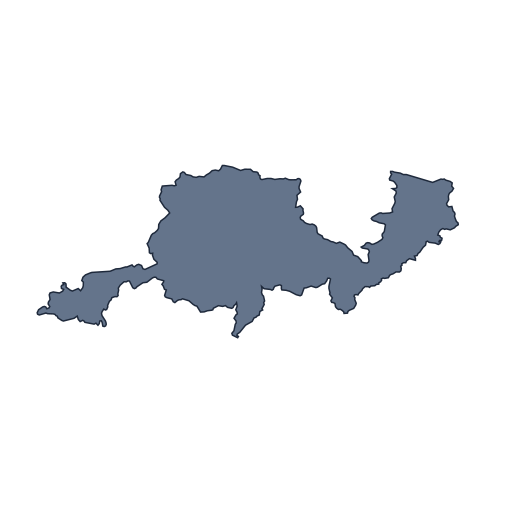 outline of Conceição do Mato Dentro, Minas Gerais, Brazil, rotated 124°
{"feature_id": "56859067B89792932803037", "entity_name": "Conceição do Mato Dentro", "entity_type": "district", "adm_level": 2, "iso_a3": "BRA", "parent_name": "Brazil", "parent_adm1": "Minas Gerais", "projection": "mercator", "projection_center": [-43.489, -18.933], "detail": "fine", "context": "isolated", "style": "filled", "palette": "slate", "viewbox_px": 512, "rotation_deg": 124, "n_neighbors": 0, "source": "geoboundaries", "source_scale": "gbopen_adm2", "svg_char_len": 6158}
<svg xmlns="http://www.w3.org/2000/svg" viewBox="0 0 512 512"><g transform="rotate(124 256 256)"><path d="M251.3,168.8L252.1,167.3L251.4,165.9L251.2,164.0L253.6,161.7L254.2,159.8L254.3,157.8L253.1,156.5L252.9,155.1L253.2,152.1L254.4,150.9L252.2,148.2L250.6,148.8L248.9,148.3L244.8,145.7L240.8,145.9L239.1,146.5L237.0,149.7L235.2,150.7L234.7,152.1L233.3,152.6L232.0,151.5L231.3,149.7L229.8,149.9L225.1,149.0L223.6,149.3L220.4,148.5L218.6,145.7L218.5,144.3L216.7,144.0L214.2,140.9L212.2,140.3L210.7,138.5L209.3,139.2L207.8,138.3L205.9,138.3L204.8,139.3L203.2,138.3L202.7,136.9L200.0,134.1L197.3,134.4L195.7,133.7L194.3,132.5L190.9,131.0L189.0,128.1L187.2,127.6L185.1,128.6L183.6,130.3L182.0,129.8L180.9,130.8L179.0,129.9L177.8,128.1L175.7,128.5L172.4,127.3L170.4,121.4L168.9,122.4L167.5,124.6L165.5,122.7L163.2,123.1L161.4,122.4L155.3,122.3L152.2,121.5L149.0,122.9L147.8,122.1L147.9,120.1L145.1,114.6L144.5,111.3L142.9,110.5L141.0,110.7L141.8,112.3L140.5,112.5L139.1,110.9L137.2,111.7L137.4,113.6L136.4,114.9L137.0,117.0L134.0,117.8L131.0,117.6L128.7,116.4L128.5,114.6L127.1,113.4L125.7,109.6L121.6,107.2L119.7,107.0L117.0,105.8L115.6,107.0L115.3,109.2L113.3,112.1L111.9,113.8L109.9,114.5L108.9,115.8L108.5,117.8L105.4,121.3L107.5,123.7L107.2,125.9L106.0,127.3L101.6,127.7L99.1,129.8L97.2,130.6L95.4,130.7L92.7,129.8L89.5,130.0L88.7,132.8L85.7,134.2L85.6,136.7L87.0,141.2L86.9,143.0L88.0,144.0L88.8,145.7L96.2,150.7L104.4,176.9L106.1,179.4L106.6,182.7L109.1,188.2L109.5,190.1L110.6,191.7L111.8,190.9L112.3,189.3L117.3,188.7L118.3,187.6L117.2,184.3L117.3,182.4L118.8,178.6L120.5,177.5L121.9,178.0L123.9,180.6L123.9,176.2L125.4,174.9L129.8,174.4L133.0,171.0L134.8,170.4L140.7,169.7L143.1,167.4L145.5,169.1L150.0,174.9L150.3,176.4L151.5,177.8L158.8,181.3L160.5,181.4L161.1,179.9L160.9,177.7L160.0,175.5L159.6,172.5L157.6,167.7L157.8,166.1L164.0,163.3L167.3,163.6L168.8,162.7L169.8,161.1L171.7,160.8L176.7,162.9L180.3,165.1L181.6,166.5L181.6,169.0L182.4,170.8L183.7,171.9L186.6,172.1L189.8,173.8L190.0,172.4L187.7,167.2L188.0,165.8L189.1,164.4L192.0,163.9L196.7,159.7L198.2,159.3L199.8,160.0L201.2,162.7L201.9,165.4L200.9,166.1L199.6,171.3L200.7,175.6L198.5,178.9L197.9,184.6L196.8,187.9L196.9,189.7L197.6,194.3L200.6,196.5L201.2,200.0L202.1,201.9L202.4,205.8L203.7,209.0L203.5,210.9L202.4,212.2L202.9,217.0L202.2,218.5L198.6,221.6L197.8,223.0L197.6,225.1L198.1,227.3L199.7,228.8L200.8,232.3L201.0,234.6L200.4,236.4L200.6,239.6L199.2,241.0L197.7,241.1L195.0,240.1L193.8,240.6L191.8,242.7L190.6,243.3L189.6,247.3L192.4,249.0L193.5,250.4L188.4,252.8L185.8,253.3L182.8,256.0L178.0,254.8L175.9,258.1L174.4,259.1L168.7,260.7L167.7,262.2L167.8,263.7L168.6,264.7L170.3,265.3L173.5,269.9L174.4,271.6L175.1,275.2L176.8,276.4L178.6,279.4L182.0,283.2L183.3,286.8L185.4,290.0L189.3,293.8L189.7,295.3L188.6,296.8L187.2,297.5L187.2,299.3L186.0,300.7L185.9,302.2L187.7,305.5L187.2,309.1L190.4,313.9L193.7,316.6L195.4,325.0L198.7,332.9L199.8,334.5L203.9,334.0L206.2,334.6L207.5,337.8L209.8,340.1L213.3,340.9L216.6,342.5L219.5,343.3L221.8,347.7L224.2,349.5L225.6,352.4L225.7,355.0L227.6,359.6L226.8,362.1L227.2,363.7L230.0,364.7L232.9,363.2L234.9,363.4L237.6,364.5L239.7,364.6L242.0,361.8L243.5,363.0L244.3,365.1L250.4,372.8L254.2,371.7L255.5,370.2L260.2,369.5L261.4,368.8L262.0,367.5L263.5,366.8L266.8,359.0L267.3,354.8L268.6,351.6L275.3,352.8L280.1,354.5L284.2,354.3L287.7,352.2L290.0,352.2L293.4,353.0L295.2,354.1L297.3,354.4L305.0,352.9L306.6,353.2L309.2,349.0L312.9,346.2L312.9,344.6L311.5,343.2L313.2,342.3L315.8,338.8L316.5,334.4L317.8,333.6L329.2,340.5L329.8,342.6L327.9,345.6L328.5,348.6L330.0,349.8L333.0,350.8L333.2,352.2L332.7,353.8L337.2,356.8L338.1,358.1L342.4,361.6L345.1,365.0L350.2,368.4L361.4,382.9L362.8,384.0L367.0,386.8L370.3,387.6L373.8,386.7L374.2,384.5L377.4,382.5L379.3,381.9L382.9,382.0L382.4,385.2L387.7,388.6L388.2,390.7L388.0,396.0L385.4,397.9L385.1,399.6L386.3,401.1L387.2,399.4L388.5,400.4L390.0,400.6L391.7,399.1L391.2,396.8L393.3,396.6L396.6,398.3L399.2,404.0L401.8,406.1L403.8,405.7L407.2,402.4L410.4,402.3L412.0,401.5L413.2,398.7L414.8,398.6L416.7,399.9L415.8,401.8L416.2,403.3L417.5,404.4L422.1,406.2L425.4,405.7L426.4,404.5L426.1,402.7L420.8,398.3L420.3,396.4L417.3,391.6L416.8,390.0L417.3,388.5L417.0,387.1L418.1,385.6L418.0,380.8L417.6,379.3L409.4,372.0L405.8,370.6L408.0,367.8L408.7,365.1L406.2,363.7L406.1,362.1L406.7,360.8L403.0,352.1L401.2,351.1L401.8,348.3L399.7,348.1L397.3,349.2L396.2,348.1L397.1,346.4L399.8,343.8L399.4,342.4L398.1,341.6L396.5,341.9L395.4,342.8L394.1,344.4L391.5,350.4L389.8,352.1L388.0,352.5L385.1,352.5L385.0,350.7L383.9,349.9L381.1,350.4L379.9,351.4L375.5,352.2L373.5,351.6L371.1,352.2L368.5,350.2L367.5,348.5L365.9,348.2L364.6,349.4L361.1,350.8L359.6,352.2L356.1,352.3L351.1,351.0L350.0,349.1L348.2,348.2L347.6,346.8L351.2,340.4L351.1,338.6L349.8,337.7L348.0,337.5L341.4,334.8L338.8,331.8L331.9,329.5L330.5,328.5L329.6,327.1L330.2,324.9L328.1,318.7L329.2,318.1L332.1,318.2L332.7,316.2L334.8,313.2L334.3,311.4L339.8,309.7L340.6,308.4L340.4,306.7L338.7,301.8L340.2,299.0L340.0,297.2L336.9,296.3L335.4,295.4L334.1,293.7L332.6,293.0L330.6,286.5L331.3,281.0L331.2,278.7L330.6,277.0L333.5,270.6L331.3,267.7L328.6,265.7L325.8,262.5L324.8,261.7L323.1,262.1L318.2,259.4L316.4,255.4L314.2,253.6L314.5,250.9L312.9,246.8L311.5,246.2L309.4,246.5L307.4,245.9L305.6,246.0L308.1,243.6L311.9,242.7L313.2,240.2L314.5,239.1L315.9,239.7L319.9,239.4L321.0,236.2L322.5,235.0L324.2,235.0L330.3,232.5L333.6,232.8L334.8,231.3L334.0,225.5L332.5,225.6L332.5,227.4L331.2,227.9L328.4,226.8L319.2,226.0L312.4,222.6L308.4,223.0L306.8,221.8L305.0,221.5L303.2,220.3L299.8,221.8L297.0,220.3L296.4,221.6L291.6,222.1L290.3,223.6L288.5,223.7L285.1,227.3L284.7,229.0L283.2,231.0L280.0,232.5L278.1,234.4L278.6,231.0L275.7,225.4L275.4,223.6L273.9,223.0L272.3,223.5L270.4,223.4L266.6,220.1L266.3,218.4L268.9,216.7L269.7,215.6L267.6,211.9L266.4,208.3L265.6,201.0L264.3,197.2L262.8,196.4L255.7,198.2L254.1,196.4L250.1,193.5L248.7,188.7L247.5,187.6L242.3,185.3L240.6,183.6L237.1,183.5L234.4,184.1L233.4,182.8L233.4,181.4L240.3,178.6L242.1,177.4L245.2,174.0L246.5,173.7L248.0,169.3L251.3,168.8Z" fill="#64748b" stroke="#1e293b" stroke-width="1.5"/></g></svg>